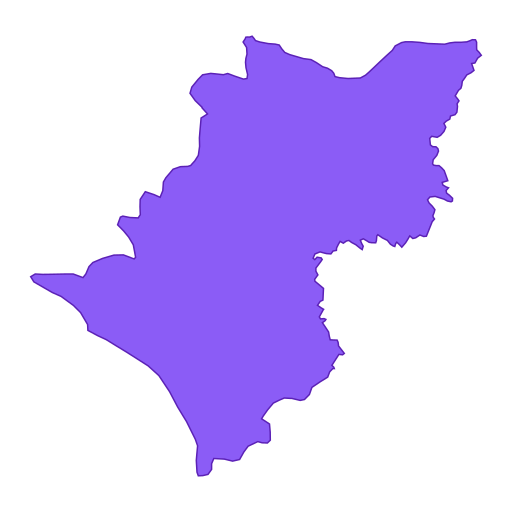 the district of Tewor, Grand Cape Mount, Liberia
{"feature_id": "62588387B21593373041420", "entity_name": "Tewor", "entity_type": "district", "adm_level": 2, "iso_a3": "LBR", "parent_name": "Liberia", "parent_adm1": "Grand Cape Mount", "projection": "orthographic", "projection_center": [-11.287, 6.943], "detail": "fine", "context": "isolated", "style": "filled", "palette": "violet", "viewbox_px": 512, "rotation_deg": 0, "n_neighbors": 0, "source": "geoboundaries", "source_scale": "gbopen_adm2", "svg_char_len": 4315}
<svg xmlns="http://www.w3.org/2000/svg" viewBox="0 0 512 512"><path d="M334.3,368.6L333.8,367.2L332.5,365.9L331.9,365.3L338.9,354.4L342.6,354.8L344.3,353.4L338.5,345.9L338.4,344.6L338.1,342.3L337.1,340.1L333.4,340.0L330.2,339.8L329.3,336.2L328.6,332.0L326.1,328.2L322.4,322.7L325.2,320.6L325.9,319.4L324.0,318.6L320.5,318.9L319.6,317.4L319.3,316.9L323.3,309.7L323.6,309.3L320.9,307.7L317.5,305.3L320.2,301.4L322.9,300.1L323.0,298.5L323.3,292.2L323.5,288.4L314.9,281.2L314.7,279.3L317.9,274.9L315.9,271.2L315.9,268.0L316.6,267.1L320.7,261.7L322.2,259.5L321.2,257.9L317.1,257.2L314.8,259.6L313.1,258.2L314.9,254.0L320.0,251.9L323.3,252.8L326.5,253.6L330.9,253.9L333.1,251.0L336.4,250.4L336.6,247.9L338.5,244.1L340.1,241.4L343.3,243.2L346.6,240.9L349.0,240.5L351.5,242.4L355.8,244.7L360.0,248.1L362.2,249.6L363.2,246.2L361.7,243.5L360.3,240.2L363.3,238.8L366.6,240.7L369.1,242.3L371.6,242.7L375.7,242.8L376.4,240.7L376.8,236.0L377.8,234.7L382.4,237.9L387.4,240.4L390.4,244.2L393.2,246.0L394.8,246.5L395.7,243.6L396.8,242.2L399.6,244.8L401.8,247.2L405.6,242.8L408.1,238.8L408.8,237.5L409.8,235.9L412.8,238.5L415.7,237.8L419.9,235.0L423.7,236.5L426.4,236.2L432.2,221.7L434.5,219.0L433.2,217.2L433.0,216.1L432.9,215.7L434.1,212.6L434.9,209.7L432.3,206.2L429.1,203.0L427.5,199.8L429.9,197.0L435.2,196.4L444.1,199.2L447.4,201.0L451.1,201.8L452.4,201.0L452.6,198.3L449.4,195.2L446.6,193.1L446.1,190.5L448.5,187.8L446.3,187.0L442.9,185.0L442.2,182.4L447.8,180.7L446.0,175.6L444.2,170.6L441.7,167.9L439.0,165.6L436.1,165.6L433.5,165.1L432.6,163.8L433.2,159.7L436.8,155.4L438.5,151.1L437.9,148.6L436.0,146.8L433.6,146.7L432.7,146.7L430.4,144.9L429.7,138.4L431.7,136.3L437.2,137.3L440.6,135.3L444.0,131.4L445.8,127.2L443.9,123.4L446.3,121.1L449.8,119.1L450.5,116.0L455.0,114.7L456.9,112.2L457.5,106.4L457.1,103.8L458.1,102.2L459.0,100.9L457.7,99.0L455.2,95.9L458.5,90.3L460.9,88.3L461.8,85.3L462.3,81.3L464.4,78.5L466.8,74.9L471.1,72.7L474.0,70.4L473.3,68.4L471.6,63.5L474.9,63.0L477.6,58.2L481.3,55.3L480.1,53.7L479.3,52.5L476.7,49.8L476.6,47.0L476.6,42.2L475.5,39.8L472.3,39.7L469.8,40.8L466.7,41.9L464.7,42.0L461.0,42.3L454.8,42.3L449.8,42.9L444.7,44.2L427.9,43.5L420.0,42.4L411.7,41.8L405.4,41.8L403.8,42.1L401.5,42.6L395.2,45.9L394.9,46.4L392.3,50.4L386.1,56.0L381.4,60.4L380.3,61.4L373.8,67.6L368.8,72.3L365.5,75.2L360.3,78.0L355.6,78.2L348.2,78.5L345.8,78.3L339.6,77.7L335.0,76.6L333.8,73.3L331.7,70.7L327.5,68.2L323.5,67.0L322.4,66.6L321.4,65.9L316.4,62.6L311.0,59.6L303.4,58.6L291.4,55.1L289.7,54.6L284.7,52.4L283.5,50.9L281.8,48.9L279.2,45.0L275.1,44.1L268.3,43.6L259.8,42.0L255.5,40.6L254.2,38.7L253.5,37.8L252.1,36.2L249.5,37.1L247.3,37.0L245.8,37.2L245.2,38.8L243.1,42.0L246.6,47.5L247.0,54.1L245.9,58.4L245.5,62.3L246.0,67.7L247.6,74.6L247.0,78.5L243.5,79.1L234.9,76.2L227.7,73.5L223.4,74.7L216.8,74.0L210.7,73.4L202.6,74.8L198.1,79.4L191.8,87.1L190.0,93.3L195.2,100.6L198.9,104.2L202.1,107.3L202.0,107.8L207.5,113.9L206.8,114.4L201.1,118.0L201.0,119.2L200.1,129.4L199.4,137.9L199.6,146.3L198.6,153.5L198.3,155.4L194.8,160.9L192.4,163.5L190.7,165.5L187.7,166.4L181.7,166.6L180.3,166.7L173.1,169.2L165.9,177.7L163.4,182.0L162.8,190.7L162.5,191.4L160.1,197.3L154.0,194.6L145.3,191.7L140.2,199.4L140.0,206.7L140.3,214.7L138.2,217.9L129.9,217.5L122.8,216.1L120.4,217.1L117.6,224.8L123.0,230.3L123.6,230.9L128.7,237.1L133.3,244.8L134.7,252.3L135.6,257.3L134.2,258.9L131.8,258.1L130.4,257.5L123.4,254.9L113.9,255.1L102.6,258.4L92.9,262.5L89.0,266.6L85.9,273.9L83.0,277.6L73.2,274.0L66.4,274.0L50.6,274.3L42.7,274.4L35.2,274.0L30.7,276.7L33.9,281.9L52.3,292.5L60.2,296.0L61.1,296.4L73.4,305.4L80.6,312.6L87.6,324.5L87.9,330.4L97.6,335.6L106.2,339.6L116.7,346.1L126.9,352.3L148.2,365.9L149.4,367.0L158.9,375.6L169.6,391.7L177.6,406.9L182.7,415.3L186.5,421.5L195.3,439.2L197.6,445.8L196.9,453.5L196.3,460.4L197.0,472.2L198.3,475.8L202.8,475.6L208.0,474.4L211.6,469.4L211.6,463.7L213.8,458.5L224.4,459.1L232.6,461.1L239.6,459.5L243.9,451.9L244.5,451.1L248.1,446.2L257.8,441.6L262.1,442.8L265.4,442.9L267.4,443.0L270.3,440.2L270.2,432.2L269.5,424.0L261.6,418.8L263.2,416.1L267.6,409.9L273.3,403.1L279.4,400.1L284.3,398.0L290.7,398.4L291.8,398.4L300.2,400.4L304.5,399.5L309.4,394.5L311.9,387.4L314.4,385.7L320.0,381.9L327.7,377.1L329.7,371.8L332.8,368.6L334.3,368.6Z" fill="#8b5cf6" stroke="#5b21b6" stroke-width="1.5"/></svg>